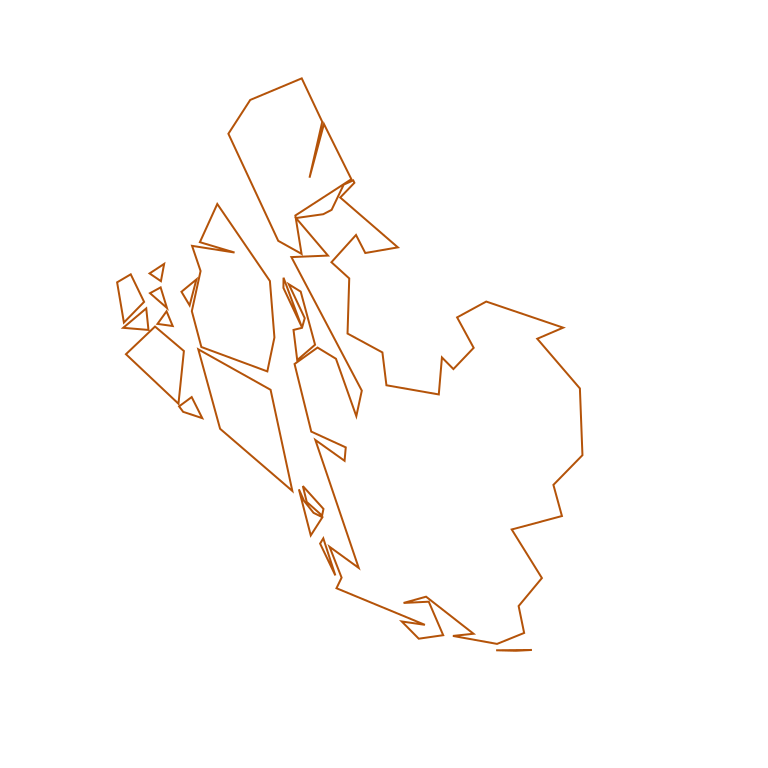 outline of Patuakhali, Barisal, Bangladesh, rotated 128°
{"feature_id": "16705992B49808088196813", "entity_name": "Patuakhali", "entity_type": "district", "adm_level": 2, "iso_a3": "BGD", "parent_name": "Bangladesh", "parent_adm1": "Barisal", "projection": "orthographic", "projection_center": [90.354, 22.181], "detail": "medium", "context": "isolated", "style": "outline", "palette": "amber", "viewbox_px": 768, "rotation_deg": 128, "n_neighbors": 0, "source": "geoboundaries", "source_scale": "gbopen_adm2", "svg_char_len": 1983}
<svg xmlns="http://www.w3.org/2000/svg" viewBox="0 0 768 768"><g transform="rotate(128 384 384)"><path d="M243.7,531.2L242.5,533.6L251.7,538.5L279.0,532.5L287.6,536.4L307.4,555.5L317.3,507.2L341.0,535.1L402.9,397.4L426.4,386.0L393.7,437.4L396.2,458.8L423.3,466.8L466.3,412.0L457.5,375.1L468.8,367.8L470.4,403.6L544.5,290.7L545.8,326.7L562.7,298.2L574.2,295.7L548.6,203.5L560.2,223.8L563.3,199.8L545.5,182.7L528.0,214.7L544.5,233.8L525.7,219.9L525.7,159.7L540.1,174.6L519.2,134.9L493.9,120.3L476.1,141.2L439.7,140.1L420.0,193.8L378.5,162.5L359.2,188.4L317.9,183.8L266.9,226.9L254.0,291.1L229.3,277.5L256.1,354.2L286.5,367.4L300.3,335.6L329.5,338.5L327.4,354.7L358.5,334.4L383.5,381.3L360.1,404.7L366.7,443.8L322.2,476.4L320.4,500.4L283.8,497.8L292.3,479.4L267.8,457.2L264.0,533.3L243.7,531.2ZM336.3,555.5L332.2,529.1L305.8,557.6L242.7,535.8L216.1,591.4L267.3,569.7L215.4,594.1L193.8,637.0L242.5,664.3L282.6,660.7L336.3,555.5ZM467.3,550.7L445.9,483.7L414.8,499.0L373.1,537.3L344.8,626.2L385.6,616.4L372.4,582.7L393.3,620.3L407.9,598.1L444.9,580.3L467.3,550.7ZM524.7,390.4L458.4,469.8L471.0,551.7L520.2,485.6L524.7,390.4ZM526.1,533.8L481.2,562.0L479.7,599.8L519.4,605.7L526.1,533.8ZM495.7,626.8L467.0,623.6L453.5,651.1L468.2,656.9L495.7,626.8ZM397.1,488.6L418.6,467.1L395.5,462.5L362.5,506.5L364.0,520.4L380.9,487.0L390.2,483.2L397.1,488.6ZM548.4,348.5L526.9,350.5L528.9,360.2L525.3,375.1L519.4,386.2L548.4,348.5ZM500.3,624.1L486.4,602.9L470.8,617.9L500.3,624.1ZM370.2,522.4L389.5,484.2L362.1,528.6L370.2,522.4ZM417.1,596.2L436.0,600.4L441.7,585.6L417.1,596.2ZM522.8,506.2L512.7,527.5L527.8,531.7L529.6,525.1L522.8,506.2ZM524.8,131.7L513.0,115.8L502.5,103.7L524.8,131.7ZM424.7,631.2L441.2,636.8L440.3,623.1L424.7,631.2ZM460.6,600.1L476.1,599.5L468.4,586.2L460.6,600.1ZM445.4,619.5L456.5,624.3L457.7,601.9L445.4,619.5ZM549.1,336.1L564.8,304.5L543.0,336.8L549.1,336.1ZM514.4,385.1L524.5,372.3L525.8,351.8L519.7,354.8L514.4,385.1Z" fill="none" stroke="#b45309" stroke-width="2"/></g></svg>